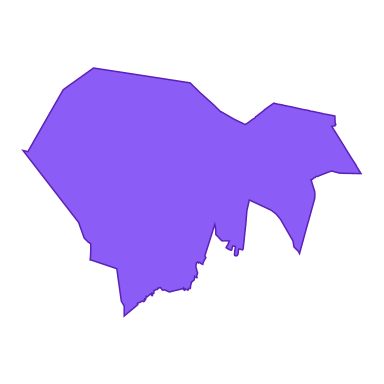 the district of Tlalnepantla, Morelos, Mexico
{"feature_id": "50627088B24225931260184", "entity_name": "Tlalnepantla", "entity_type": "district", "adm_level": 2, "iso_a3": "MEX", "parent_name": "Mexico", "parent_adm1": "Morelos", "projection": "albers", "projection_center": [-98.964, 19.03], "detail": "fine", "context": "isolated", "style": "filled", "palette": "violet", "viewbox_px": 384, "rotation_deg": 0, "n_neighbors": 0, "source": "geoboundaries", "source_scale": "gbopen_adm2", "svg_char_len": 3794}
<svg xmlns="http://www.w3.org/2000/svg" viewBox="0 0 384 384"><path d="M200.0,92.6L192.8,85.5L190.2,82.9L93.5,68.0L91.0,69.8L63.3,89.6L51.5,110.2L34.6,139.8L27.9,151.6L23.0,150.5L78.6,222.4L84.2,238.1L88.1,242.0L90.7,243.8L90.8,249.9L90.4,257.7L90.1,259.9L91.9,260.3L116.8,268.7L121.3,301.1L124.2,306.1L124.2,316.0L136.4,305.8L137.8,304.6L137.8,303.6L137.4,303.3L137.6,303.1L138.8,302.7L140.1,302.3L142.7,300.9L143.1,301.0L143.3,301.1L143.7,301.6L143.8,301.5L144.3,301.3L144.8,300.6L145.0,300.2L145.2,299.7L144.5,299.4L144.7,298.7L145.8,298.9L146.2,296.4L147.2,296.8L149.9,294.5L150.1,294.3L150.4,294.1L151.9,295.4L152.1,295.7L152.5,295.3L152.7,294.9L152.7,294.3L152.1,294.1L151.6,293.4L151.7,293.1L153.8,293.2L154.0,290.4L154.6,290.4L156.0,289.6L157.3,289.5L157.7,288.3L158.2,288.5L158.5,288.1L158.8,288.1L159.0,287.7L159.5,287.6L160.1,287.8L160.4,287.5L161.0,288.0L161.2,288.5L161.5,288.8L161.8,289.4L162.0,289.8L162.6,290.1L163.6,290.1L164.7,289.9L169.3,292.0L175.2,290.5L178.0,289.9L179.9,289.4L181.7,289.0L182.9,288.7L183.4,289.3L183.6,288.7L183.6,288.0L184.1,288.4L184.6,290.0L184.8,289.8L185.1,289.9L185.3,289.6L185.5,289.2L185.8,289.5L187.7,289.5L187.9,290.1L188.4,289.8L188.6,289.2L189.0,288.7L189.1,288.2L189.6,288.3L190.3,288.4L190.5,287.3L190.5,286.7L190.6,286.4L190.7,285.3L190.8,284.4L191.3,283.7L191.3,282.1L191.8,282.0L194.2,279.9L194.4,278.2L194.8,276.3L195.7,277.1L196.4,277.7L197.0,277.6L196.8,277.3L196.6,276.7L196.9,275.4L197.3,274.1L197.6,272.6L197.1,271.5L196.6,269.5L196.1,267.5L195.8,265.9L196.6,262.6L197.6,262.0L198.6,263.1L199.7,262.2L201.0,263.6L201.8,264.0L202.4,264.2L202.8,264.4L203.2,262.6L203.7,261.5L204.2,260.4L205.2,258.9L205.9,257.6L204.8,256.0L214.8,224.4L215.2,226.2L215.7,229.2L215.8,234.6L218.6,237.3L219.3,238.2L219.8,238.7L220.5,239.5L221.8,240.8L223.0,240.9L224.3,240.8L225.4,240.8L229.4,241.0L227.9,244.4L227.7,245.0L226.7,246.3L226.1,247.7L228.3,249.1L231.0,250.3L231.8,249.8L232.2,247.9L232.6,246.4L232.8,245.9L234.3,246.3L234.5,246.4L235.5,246.6L234.9,250.1L234.7,251.1L234.6,253.1L234.4,254.9L234.9,255.6L236.2,255.9L237.3,255.5L238.1,253.9L238.4,250.4L239.0,248.9L242.6,249.9L243.1,249.0L244.0,241.3L244.5,236.1L244.7,234.3L245.0,231.2L245.1,230.3L245.2,230.0L245.2,229.9L245.4,227.8L245.6,225.9L245.7,225.2L246.9,210.7L249.3,200.0L270.9,210.1L275.9,213.8L280.5,219.3L290.5,236.7L292.9,240.8L294.0,247.0L298.3,251.3L299.5,253.6L302.2,243.7L302.6,242.4L303.5,239.0L304.0,237.1L307.8,223.3L308.3,221.7L308.8,219.9L313.5,202.9L314.7,198.6L314.9,194.7L314.8,191.8L311.0,179.6L311.4,179.5L312.3,179.4L312.6,179.2L312.8,179.0L313.4,178.3L313.6,178.1L314.1,177.9L314.6,177.7L315.1,177.5L315.3,177.3L315.8,176.7L316.3,176.3L316.9,176.4L317.3,176.5L317.6,176.5L319.4,175.6L329.8,171.6L330.3,171.5L331.4,171.0L333.9,171.6L334.4,171.8L336.0,172.2L338.3,172.8L339.8,173.2L340.9,173.1L343.6,173.3L345.8,173.3L348.0,173.4L349.7,173.4L350.3,173.4L350.6,173.4L351.0,173.4L351.8,173.4L352.1,173.4L352.2,173.5L352.5,173.5L353.3,173.5L361.0,173.6L358.6,169.7L356.5,166.4L356.4,165.7L350.5,156.6L343.3,144.9L331.8,126.4L335.1,125.7L335.1,124.9L335.4,124.8L335.8,124.6L335.1,122.7L334.9,116.0L333.6,115.7L330.5,115.1L325.9,114.2L324.2,114.1L322.9,113.6L313.5,111.6L312.4,111.3L311.4,111.4L311.2,111.4L310.1,110.9L309.1,110.7L308.5,110.4L303.0,109.5L295.2,107.7L291.2,106.8L287.4,106.1L286.7,105.9L285.5,105.7L284.1,105.4L283.5,105.2L282.9,105.1L281.3,104.7L279.3,104.4L277.6,104.1L276.7,103.9L276.4,103.8L275.9,103.7L275.6,103.6L275.0,103.5L274.6,103.3L274.2,103.2L273.7,103.2L270.3,105.6L269.8,106.0L269.3,106.3L269.0,106.5L264.4,109.8L264.4,110.1L259.6,113.8L257.1,115.8L255.6,116.7L254.9,118.0L252.5,119.4L250.5,120.9L247.7,123.0L245.1,124.5L234.1,119.2L221.3,111.8L220.8,111.9L213.6,104.8L200.0,92.6Z" fill="#8b5cf6" stroke="#5b21b6" stroke-width="1.5"/></svg>